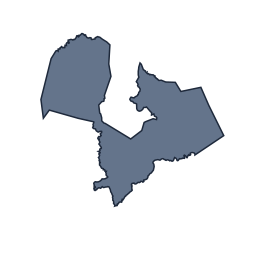 San Juan Cieneguilla, Oaxaca, Mexico, rotated 197°
{"feature_id": "50627088B28176003338085", "entity_name": "San Juan Cieneguilla", "entity_type": "district", "adm_level": 2, "iso_a3": "MEX", "parent_name": "Mexico", "parent_adm1": "Oaxaca", "projection": "orthographic", "projection_center": [-98.27, 17.875], "detail": "fine", "context": "isolated", "style": "filled", "palette": "slate", "viewbox_px": 256, "rotation_deg": 197, "n_neighbors": 0, "source": "geoboundaries", "source_scale": "gbopen_adm2", "svg_char_len": 5847}
<svg xmlns="http://www.w3.org/2000/svg" viewBox="0 0 256 256"><g transform="rotate(197 128 128)"><path d="M135.5,193.7L135.5,189.3L135.1,187.5L134.8,185.3L133.7,181.7L132.5,179.7L133.6,174.7L132.0,173.7L131.1,172.5L131.2,171.3L130.1,170.3L129.3,170.3L128.6,169.5L127.7,168.8L127.4,166.6L128.1,165.3L128.0,163.0L128.4,162.7L128.4,162.0L128.8,161.3L130.2,160.0L131.0,158.6L132.6,158.4L134.1,158.4L134.6,156.9L134.6,155.9L133.3,154.7L131.9,154.6L131.3,154.8L129.9,153.7L127.4,153.7L126.8,153.5L125.3,149.0L124.2,147.8L122.9,147.4L121.8,147.5L120.9,148.1L120.2,148.8L119.3,150.4L119.1,152.2L117.5,152.7L116.4,153.5L111.3,150.2L109.9,149.6L109.3,147.3L107.4,149.0L106.2,147.1L104.3,146.9L103.4,146.1L103.2,144.4L106.7,144.2L113.0,139.2L114.2,138.0L114.1,129.6L122.2,118.3L151.1,125.7L152.5,125.7L155.2,127.2L156.2,130.2L158.3,133.5L159.4,134.0L162.7,141.4L160.8,145.5L159.0,146.5L159.1,148.1L159.5,148.8L158.8,149.7L160.1,152.3L159.4,172.4L165.1,183.6L169.6,202.2L173.5,204.1L178.4,205.4L181.6,206.6L182.9,206.4L183.6,206.6L184.5,205.9L184.7,205.3L185.1,205.3L185.7,204.7L185.8,204.3L185.5,203.6L185.7,203.4L186.0,203.4L186.7,202.9L187.3,202.7L188.4,202.0L188.8,202.0L188.9,202.3L189.3,202.6L189.7,203.4L190.9,203.3L191.3,202.9L191.7,202.8L192.2,202.4L193.6,202.5L194.1,202.7L194.3,203.1L194.9,203.4L195.8,204.6L196.6,203.8L196.9,203.9L196.9,204.4L198.3,204.7L198.5,204.9L199.6,204.9L199.9,204.7L200.8,202.8L202.2,202.2L202.7,201.8L202.5,201.4L201.7,201.5L201.6,201.2L201.9,200.7L202.5,200.7L203.0,201.1L203.8,201.3L204.0,201.1L204.0,199.2L204.5,198.2L204.8,197.1L205.1,196.9L206.0,196.7L206.4,196.0L207.5,196.2L208.6,196.0L210.4,194.8L210.9,194.6L210.6,193.1L210.4,193.3L209.9,193.1L209.3,192.6L209.2,192.0L209.4,191.7L209.7,191.7L210.0,192.5L210.5,192.6L211.5,191.4L211.7,190.5L211.5,189.9L211.0,188.9L212.4,188.7L212.0,186.4L212.3,186.2L213.3,186.2L213.6,185.8L214.1,185.7L214.5,185.8L215.1,186.5L215.4,186.5L215.7,185.6L216.4,184.8L216.5,184.6L216.1,184.1L216.1,183.8L216.4,183.5L217.8,183.2L217.3,181.1L218.3,181.5L219.5,180.6L221.8,171.9L219.6,129.8L211.8,112.6L208.5,122.1L178.4,122.7L162.6,123.9L162.3,123.2L162.4,121.9L162.5,121.3L162.4,120.8L161.7,120.0L161.6,119.4L162.0,118.4L161.3,117.6L160.5,117.4L159.1,117.6L158.7,117.5L158.4,116.9L157.3,115.9L156.7,115.8L155.6,115.4L155.0,115.5L153.9,116.6L152.3,117.1L152.1,116.8L151.9,115.8L152.8,114.7L152.4,113.6L151.5,113.1L151.5,112.7L151.9,112.4L152.2,111.5L152.5,111.3L153.4,111.3L153.8,110.3L153.9,109.5L153.8,109.2L153.1,108.6L152.3,109.0L152.1,108.6L152.1,107.5L151.3,107.0L150.7,106.2L151.1,104.6L151.0,104.0L149.9,103.4L149.5,102.8L148.8,102.4L147.8,101.5L147.6,100.8L147.9,100.3L148.4,100.2L148.7,99.7L148.7,99.0L148.2,98.3L148.4,97.6L149.6,96.9L147.5,96.3L147.6,95.6L148.2,95.0L148.3,94.7L148.2,94.5L147.2,93.7L147.2,92.1L147.6,91.2L147.3,91.1L146.7,90.1L145.9,89.3L145.8,89.1L146.1,88.7L146.1,88.3L145.4,88.0L145.2,87.1L144.6,87.0L144.4,86.8L144.5,86.5L144.9,86.0L144.4,84.3L144.0,84.1L142.6,83.1L142.2,82.4L141.6,81.9L139.8,81.9L139.4,80.8L139.1,80.9L138.4,81.3L138.2,81.3L137.8,80.9L137.4,79.9L137.1,79.9L136.1,80.2L136.3,79.3L136.3,78.9L135.3,77.8L135.4,77.0L135.2,76.6L134.6,76.1L133.2,75.5L133.0,75.1L133.4,74.4L135.0,72.8L136.5,72.1L137.8,71.8L138.2,71.3L138.1,70.8L139.2,69.1L140.5,67.9L142.2,67.2L143.3,67.1L143.8,66.8L144.2,66.3L144.6,65.2L144.0,64.1L143.6,63.8L143.5,62.5L142.4,62.5L141.9,62.0L141.8,61.8L142.9,61.0L143.1,60.6L143.0,60.3L142.2,60.0L142.4,59.2L142.1,58.9L141.8,59.4L141.1,58.7L139.8,60.1L139.9,60.7L138.5,62.3L138.1,62.4L136.5,62.4L135.5,64.4L134.1,63.9L133.4,64.2L132.0,65.1L131.1,65.4L130.6,65.6L130.4,66.0L129.1,66.2L127.0,64.0L125.8,61.9L124.8,61.1L123.5,59.4L122.5,58.5L122.7,58.1L122.6,57.8L122.5,57.0L121.8,56.0L121.6,55.0L121.3,54.3L120.7,54.2L120.1,53.1L119.8,52.4L119.9,51.9L118.8,50.9L118.4,50.8L117.9,50.1L117.9,49.4L116.7,50.3L115.9,50.5L115.7,50.7L115.7,51.1L115.9,51.2L116.1,52.0L115.9,52.4L115.4,52.4L115.0,52.8L114.9,54.2L114.6,54.5L113.4,55.1L112.4,55.2L112.3,55.8L112.7,56.4L112.8,56.8L112.6,57.9L112.6,58.0L111.9,57.6L111.4,59.1L110.8,61.9L110.3,62.1L110.1,63.2L109.2,64.1L108.4,65.7L107.8,66.4L107.3,67.6L106.4,68.5L105.8,69.7L106.0,70.2L106.5,70.5L106.7,71.8L107.4,72.9L107.1,73.5L107.5,74.2L108.1,74.5L108.2,75.5L107.9,75.7L107.8,76.3L106.5,76.7L106.2,77.1L105.4,76.6L104.9,76.5L103.9,77.0L103.2,77.9L102.6,78.9L102.0,79.1L101.4,79.0L100.5,79.8L100.1,80.8L98.4,81.0L98.0,80.6L97.5,81.0L97.2,81.6L97.2,81.8L97.7,82.3L97.8,82.6L97.5,83.1L96.8,83.3L95.5,84.3L94.8,85.2L94.6,86.6L94.9,88.0L94.4,88.5L93.7,90.7L92.6,91.8L91.4,95.1L91.7,98.7L92.4,100.3L92.8,101.0L93.9,101.9L94.1,102.7L93.8,103.6L92.8,105.1L90.2,106.5L88.0,106.6L87.5,107.2L87.1,108.0L85.7,108.9L84.9,108.8L84.4,108.5L83.9,108.4L83.3,108.6L82.7,108.2L82.4,108.2L82.1,108.2L81.4,108.9L80.6,109.2L79.2,109.1L78.5,108.8L77.6,109.5L76.3,109.1L75.9,109.3L75.5,109.5L75.1,110.3L74.8,113.4L73.3,113.1L72.1,112.1L71.7,111.4L71.3,111.2L70.8,111.4L70.5,111.7L69.9,113.4L69.6,113.8L68.8,113.8L68.0,114.3L67.5,114.4L66.8,115.2L65.3,115.4L65.1,115.6L65.1,116.1L66.4,117.8L66.4,118.2L66.2,118.5L65.8,118.3L65.4,118.4L64.5,118.0L63.3,116.9L62.8,116.9L62.7,117.4L62.9,118.0L62.3,119.8L62.1,120.1L61.7,119.5L60.4,120.4L60.4,120.9L60.7,120.9L61.0,122.2L60.2,122.9L59.8,123.2L59.1,123.4L57.6,123.5L57.0,123.2L56.3,122.5L56.1,121.8L34.2,148.7L57.5,173.4L70.2,188.2L88.1,178.4L96.1,185.5L105.4,183.0L110.2,183.4L112.3,182.5L113.2,182.8L113.5,183.2L114.1,183.2L114.4,183.6L115.1,183.6L115.5,184.0L116.1,184.2L116.3,184.1L117.0,184.9L117.5,184.9L117.4,185.1L117.5,185.7L118.0,185.7L118.5,185.8L119.3,186.2L121.9,185.7L122.2,185.8L122.7,185.3L123.4,185.7L123.8,185.7L124.3,186.0L124.8,185.6L125.7,185.8L126.0,186.3L126.1,186.9L126.5,186.4L126.9,186.5L127.4,186.8L128.1,187.7L128.8,187.6L129.7,188.2L130.3,188.2L133.9,192.8L135.5,193.7Z" fill="#64748b" stroke="#1e293b" stroke-width="1.5"/></g></svg>